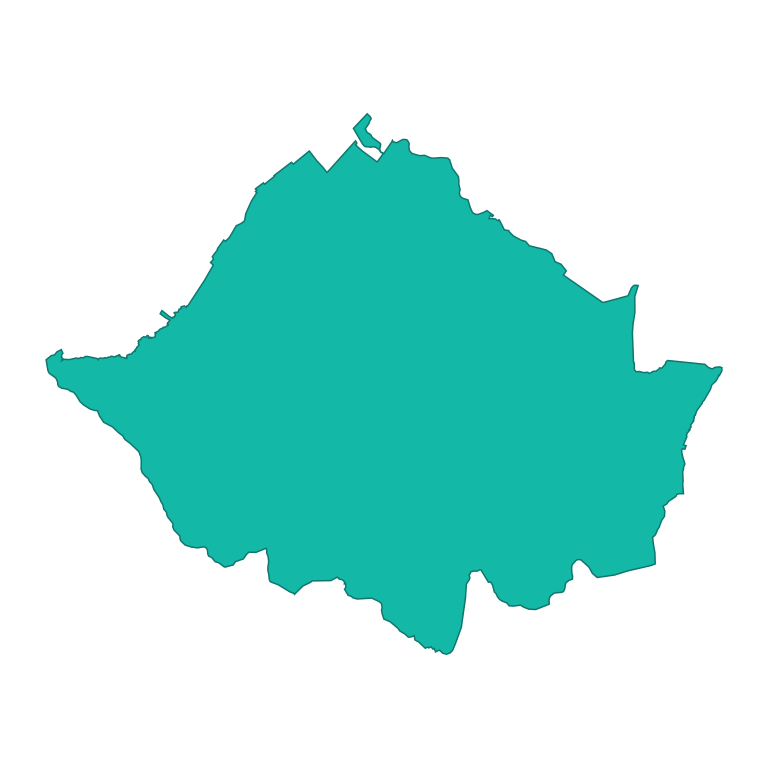 Blagesti, Bacau, Romania (Albers equal-area conic projection)
{"feature_id": "2599482B12123686105802", "entity_name": "Blagesti", "entity_type": "district", "adm_level": 2, "iso_a3": "ROU", "parent_name": "Romania", "parent_adm1": "Bacau", "projection": "albers", "projection_center": [26.623, 46.673], "detail": "fine", "context": "isolated", "style": "filled", "palette": "teal", "viewbox_px": 768, "rotation_deg": 0, "n_neighbors": 0, "source": "geoboundaries", "source_scale": "gbopen_adm2", "svg_char_len": 6093}
<svg xmlns="http://www.w3.org/2000/svg" viewBox="0 0 768 768"><path d="M554.3,593.0L561.3,592.4L563.4,591.6L564.6,589.3L565.7,583.0L569.1,580.3L572.4,579.2L572.6,576.2L571.9,573.3L571.6,568.1L572.1,564.8L576.2,560.2L578.6,559.5L581.0,559.9L589.0,567.2L592.4,573.4L597.2,577.5L614.6,575.0L627.7,570.9L651.1,565.5L655.2,563.9L654.9,552.6L653.3,543.6L652.6,537.2L654.8,535.5L656.0,533.5L657.6,529.6L659.1,527.4L661.6,520.5L664.5,516.3L664.8,511.0L663.2,506.1L666.7,504.0L668.6,501.3L675.8,496.5L676.9,494.3L679.4,493.7L683.5,493.7L682.7,484.2L683.1,481.0L682.7,472.1L683.6,468.4L683.4,467.7L684.9,464.0L682.8,457.1L681.8,452.6L681.7,450.2L682.2,448.8L684.9,449.2L686.1,445.7L683.4,444.9L686.9,436.8L686.4,435.4L687.0,434.2L686.9,433.1L688.2,432.1L689.8,430.0L689.0,429.8L691.1,427.0L690.7,425.0L693.6,421.2L693.8,420.6L693.4,420.3L694.3,417.9L694.2,416.2L695.2,415.4L696.8,410.7L702.3,403.1L702.6,401.8L704.1,400.3L710.4,389.4L711.8,384.9L715.9,381.0L717.5,378.5L718.7,375.4L719.3,375.7L721.9,370.9L721.9,367.6L719.5,366.9L715.2,367.3L712.2,368.9L708.5,367.6L704.8,364.3L667.7,360.5L666.2,361.5L665.2,364.3L661.8,368.2L659.5,367.9L658.9,369.1L656.1,371.1L653.1,371.4L649.5,373.5L647.7,372.3L643.5,372.6L639.3,371.5L636.2,371.8L634.4,369.7L634.3,363.9L634.0,362.4L633.5,362.1L632.4,332.9L633.0,324.2L634.9,312.4L634.8,296.5L638.2,285.5L634.8,285.2L633.1,286.1L631.5,287.8L628.0,295.8L603.7,302.4L602.3,302.2L563.4,275.1L566.3,270.9L561.0,264.2L555.1,261.7L551.8,253.7L546.0,249.9L529.3,245.8L525.7,241.5L520.8,240.0L513.4,236.0L509.1,231.6L508.7,230.6L504.3,229.8L499.5,220.2L498.9,219.8L498.3,220.7L496.7,220.1L495.6,219.0L489.1,218.5L490.2,215.4L492.5,216.7L493.3,215.3L486.9,210.6L484.1,212.2L478.3,214.4L476.1,214.4L473.6,213.4L472.0,211.6L470.2,207.4L467.9,199.8L462.8,198.3L460.6,196.6L459.6,194.5L459.4,192.1L460.1,189.7L458.8,184.2L458.9,180.8L458.4,176.5L452.2,168.1L449.7,160.0L447.7,158.1L441.2,157.6L433.3,158.2L430.8,157.9L424.4,155.3L419.7,155.7L412.3,153.6L410.0,151.4L409.2,149.4L408.9,146.5L409.2,143.7L408.6,142.3L407.2,140.0L405.0,139.4L402.7,139.5L396.8,142.7L393.3,141.9L392.4,140.4L391.9,141.7L383.9,153.4L380.7,151.9L379.7,149.4L380.7,144.7L380.3,143.4L372.3,137.5L370.6,134.5L367.2,132.5L365.3,128.9L369.1,123.2L369.7,121.0L371.2,118.7L370.4,117.0L367.2,113.8L353.4,128.4L362.8,144.4L364.9,146.5L370.8,147.2L373.5,146.7L375.6,147.3L378.9,149.4L380.6,152.1L383.2,153.7L377.2,162.0L362.6,151.2L357.5,146.8L355.6,144.7L356.7,143.7L356.7,142.7L355.5,140.9L327.0,172.6L322.7,167.1L316.9,160.9L309.3,151.0L293.3,164.1L291.4,162.3L274.1,175.5L274.7,176.1L264.6,184.2L263.4,182.9L256.2,188.2L255.4,189.0L256.8,190.2L255.5,191.5L256.8,192.6L251.6,200.8L249.1,206.2L245.8,213.6L244.8,219.5L244.1,221.3L241.0,223.5L236.2,225.8L229.7,237.0L225.6,241.3L223.7,240.0L217.6,248.4L217.4,249.1L217.7,249.5L212.3,256.6L213.5,259.2L210.5,262.5L213.3,265.1L204.6,280.2L188.0,305.6L186.7,306.1L186.3,307.3L184.3,305.9L181.2,306.8L180.9,307.2L181.4,308.2L180.5,309.0L179.2,309.0L177.9,312.3L175.0,312.3L174.1,312.9L175.4,314.5L175.2,315.8L174.1,316.5L173.9,317.5L172.5,317.4L172.2,318.2L168.8,316.1L161.9,310.6L160.2,313.8L166.0,318.1L170.0,320.1L167.4,323.2L167.4,324.4L168.3,324.5L168.1,325.2L165.0,327.2L163.1,327.3L163.0,328.0L160.0,329.2L157.7,331.6L155.1,332.6L155.9,333.6L155.2,333.9L155.2,336.8L153.1,337.6L151.8,337.4L151.1,338.2L150.3,337.3L149.4,337.1L149.7,337.9L149.1,338.3L148.6,338.1L148.9,337.5L148.1,336.2L148.2,335.8L147.2,335.5L145.8,337.2L143.8,336.7L141.2,338.3L140.7,339.7L139.6,339.8L138.1,341.2L138.8,342.5L138.3,343.7L139.1,345.1L136.7,347.4L136.5,348.3L134.7,350.4L135.2,351.1L133.3,351.9L131.1,354.2L129.4,354.2L127.2,355.2L126.5,357.0L127.0,358.1L126.6,358.5L120.9,356.9L120.2,356.5L119.9,355.1L119.1,354.7L118.5,355.0L118.5,355.7L116.7,355.8L114.8,356.9L111.2,356.2L110.2,357.0L107.9,357.2L106.6,358.2L105.0,357.6L103.1,358.4L100.3,358.0L98.0,359.0L98.0,359.5L96.8,358.4L86.9,356.4L85.2,356.5L83.6,357.7L80.7,357.6L78.7,358.6L76.2,358.0L69.4,359.6L64.0,359.3L61.7,360.6L62.7,358.4L61.7,357.6L61.6,354.8L62.9,353.3L61.3,349.6L56.8,352.0L54.6,354.8L51.3,355.6L46.1,359.8L47.9,370.4L48.6,372.0L49.3,373.3L55.8,378.0L57.5,381.6L57.9,384.8L58.7,386.4L61.7,388.2L67.6,389.3L70.9,391.4L73.6,392.2L76.3,395.4L80.1,401.7L83.7,405.0L90.0,409.0L94.8,410.5L97.4,410.6L99.7,416.3L103.7,422.3L112.5,426.9L118.9,433.0L122.7,435.7L124.4,438.8L125.7,440.1L130.3,443.5L138.8,451.6L140.8,456.8L141.3,460.9L141.1,469.1L142.2,472.6L145.3,476.2L148.1,478.4L149.6,481.7L152.3,484.6L153.8,489.3L159.3,497.7L161.1,502.0L162.8,504.5L163.8,509.1L166.5,512.4L166.8,514.6L168.0,517.4L172.7,523.2L173.0,524.3L172.7,526.7L174.1,530.1L179.9,536.1L180.0,538.9L180.8,540.9L185.2,545.1L191.7,547.1L197.6,547.9L202.9,546.9L205.1,547.2L206.8,548.6L207.3,549.8L207.9,554.4L208.8,556.2L211.6,557.4L215.2,561.7L218.8,562.8L224.1,566.8L225.1,567.1L233.3,564.9L235.4,561.7L243.4,558.9L246.8,554.0L249.0,552.2L256.0,552.3L266.1,548.3L266.7,549.6L266.6,552.8L268.1,556.6L268.7,561.9L267.9,567.3L267.9,570.5L268.7,574.1L269.3,579.6L270.1,581.4L271.1,582.1L277.9,584.6L289.8,591.8L294.3,593.6L294.5,594.3L303.0,585.9L310.4,582.4L312.2,580.9L330.9,580.6L337.3,577.1L339.1,579.0L342.3,579.7L344.5,581.8L344.4,583.9L345.4,583.4L345.9,586.1L345.8,587.5L344.5,589.2L348.2,595.4L350.6,596.0L353.2,597.9L357.1,599.0L371.8,598.1L379.5,601.8L381.5,603.7L382.1,607.7L381.5,610.2L382.2,613.9L383.9,619.1L390.1,621.7L397.9,628.3L399.8,631.0L404.8,633.9L408.4,637.2L411.4,636.9L414.1,635.6L414.9,639.9L419.0,642.2L425.2,648.2L427.5,647.3L429.2,647.9L430.9,646.7L433.0,649.1L434.2,648.5L435.6,651.9L439.4,650.1L442.8,653.3L446.6,654.2L450.2,652.9L452.6,650.4L455.7,642.9L461.3,627.4L465.5,597.6L466.4,584.0L469.0,580.2L469.9,577.8L469.1,574.7L470.1,573.9L470.8,571.8L474.2,571.0L477.0,571.2L480.0,569.7L481.0,570.0L488.4,582.2L490.7,582.1L492.6,585.2L494.3,591.9L495.9,593.4L497.7,597.1L499.6,599.4L501.9,601.0L506.8,602.9L509.2,605.8L513.1,606.1L520.6,605.2L523.8,607.2L528.9,609.2L535.7,609.5L548.7,604.4L549.3,603.9L549.0,600.8L549.4,598.0L550.6,595.9L554.3,593.0Z" fill="#14b8a6" stroke="#0f766e" stroke-width="1.5"/></svg>